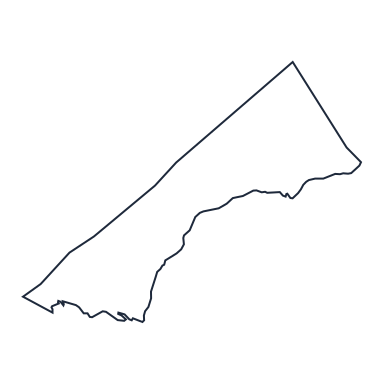 outline of Tadjourah, Tadjourah, Djibouti
{"feature_id": "41766387B13463549189785", "entity_name": "Tadjourah", "entity_type": "district", "adm_level": 2, "iso_a3": "DJI", "parent_name": "Djibouti", "parent_adm1": "Tadjourah", "projection": "albers", "projection_center": [42.755, 11.778], "detail": "fine", "context": "isolated", "style": "outline", "palette": "slate", "viewbox_px": 384, "rotation_deg": 0, "n_neighbors": 0, "source": "geoboundaries", "source_scale": "gbopen_adm2", "svg_char_len": 1243}
<svg xmlns="http://www.w3.org/2000/svg" viewBox="0 0 384 384"><path d="M292.7,62.0L176.2,162.5L155.0,185.6L93.9,236.5L69.5,252.6L40.7,284.0L23.0,296.7L52.5,312.6L52.5,309.2L51.5,307.3L52.1,306.2L58.7,303.5L58.0,302.3L58.3,300.9L60.6,301.8L63.4,305.4L63.8,304.2L62.9,301.3L75.9,305.1L78.8,307.1L79.4,307.7L83.7,313.3L87.5,313.3L89.8,316.9L92.1,317.2L102.7,311.3L106.0,311.8L117.7,320.1L124.2,320.8L125.9,319.4L121.6,315.5L118.2,313.9L118.4,312.6L123.0,313.9L124.6,314.4L129.3,319.3L131.7,320.3L132.9,318.3L142.4,322.0L144.1,320.3L143.9,315.5L145.1,311.2L148.4,307.0L151.1,298.3L151.0,291.6L155.7,276.9L157.2,271.9L160.4,269.0L162.4,265.6L164.2,264.7L165.3,260.4L176.6,253.4L181.2,249.3L183.9,244.3L183.3,238.0L184.0,235.4L189.7,230.3L195.3,217.0L199.8,212.9L203.4,211.4L218.7,208.3L226.7,203.7L232.8,198.1L236.5,197.3L242.9,196.0L253.3,190.6L256.5,190.4L261.7,192.3L265.1,191.8L267.2,192.8L279.8,192.1L282.9,195.6L285.6,196.6L286.4,194.0L287.3,193.7L290.4,198.0L292.6,198.3L298.1,193.1L300.9,189.3L303.3,184.8L306.2,181.8L309.0,180.0L309.6,179.9L315.1,178.6L322.4,178.6L323.3,178.6L335.2,173.9L340.0,174.2L343.2,173.3L348.1,173.7L351.2,173.1L359.4,165.6L361.0,162.2L346.6,147.5L292.7,62.0Z" fill="none" stroke="#1e293b" stroke-width="2"/></svg>